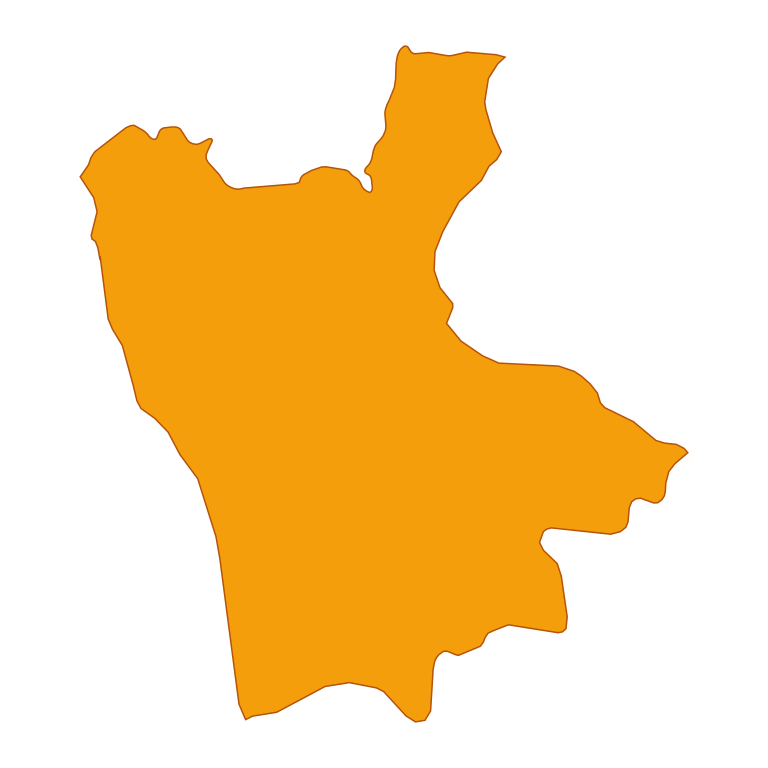 SVG path tracing the border of Cosenza
{"feature_id": "ITA-5391", "entity_name": "Cosenza", "entity_type": "Province", "adm_level": 1, "iso_a3": "ITA", "parent_name": "Italy", "parent_adm1": "", "projection": "orthographic", "projection_center": [16.346, 39.592], "detail": "fine", "context": "isolated", "style": "filled", "palette": "amber", "viewbox_px": 768, "rotation_deg": 0, "n_neighbors": 0, "source": "natural_earth", "source_scale": "10m", "svg_char_len": 2890}
<svg xmlns="http://www.w3.org/2000/svg" viewBox="0 0 768 768"><path d="M505.0,57.1L497.7,63.8L488.4,78.4L484.7,101.8L485.9,109.6L492.7,132.8L501.3,151.7L496.7,159.6L489.0,166.2L481.3,180.5L459.0,201.9L442.8,231.6L435.0,251.5L434.1,270.3L440.0,287.7L452.7,303.6L452.7,307.8L446.5,323.4L461.0,341.1L482.8,356.0L498.8,363.1L558.5,366.1L574.1,371.3L581.6,376.3L590.2,384.0L597.4,393.1L600.4,402.9L604.8,407.7L633.4,421.7L656.0,440.5L664.6,443.1L676.3,444.4L684.1,448.4L687.8,452.7L674.8,463.8L668.8,471.6L665.8,483.0L665.3,492.0L664.3,495.9L662.0,499.6L657.8,502.7L653.9,503.0L640.5,498.2L635.7,498.8L631.7,501.7L629.3,507.6L628.0,521.9L625.8,527.4L620.2,531.7L610.7,534.2L551.3,527.9L546.7,529.1L543.4,531.6L539.5,542.5L543.4,550.3L557.2,563.6L561.3,576.2L567.2,616.8L566.0,628.7L562.4,631.9L558.0,632.7L508.3,624.8L494.0,630.4L488.1,633.1L485.2,637.4L483.3,642.2L480.4,646.2L458.6,655.3L456.1,654.9L447.4,651.3L443.5,651.3L438.9,654.6L436.4,657.8L434.7,661.3L433.1,669.6L430.6,710.9L425.0,720.3L415.5,721.9L406.1,716.0L383.7,691.6L376.4,687.9L349.2,682.6L325.0,686.5L276.8,712.2L252.7,716.1L245.6,719.6L239.0,704.2L219.8,558.2L216.0,536.7L197.7,478.6L179.9,454.5L168.1,432.1L154.6,418.2L141.0,408.5L136.9,400.8L133.2,385.3L128.8,369.2L122.4,345.6L112.5,329.3L108.2,319.0L100.1,256.2L100.1,260.1L97.9,247.9L95.5,241.6L91.9,238.9L91.2,235.4L97.1,211.6L93.7,197.6L80.2,176.8L81.5,175.0L88.6,164.6L90.9,157.7L93.3,153.9L95.0,151.6L125.8,127.8L130.6,125.7L134.0,125.3L143.1,130.4L145.0,131.8L147.9,134.6L149.0,136.3L150.6,137.8L152.4,139.0L155.4,139.4L156.9,137.7L159.6,131.0L161.3,129.1L163.4,128.0L171.4,127.0L175.8,127.0L178.4,127.8L180.1,128.9L180.9,129.9L187.0,139.5L188.2,141.1L190.2,142.6L192.6,143.7L196.7,144.4L200.0,143.4L208.9,138.8L211.3,138.8L212.3,140.0L211.8,142.0L208.0,150.0L206.3,154.4L206.1,157.0L206.4,159.2L207.3,161.0L208.4,162.7L219.2,174.6L224.8,183.1L226.6,184.8L229.1,186.5L233.8,188.6L237.0,189.1L239.7,189.1L244.0,188.1L294.9,183.9L299.3,182.4L300.7,178.1L301.9,176.4L303.3,174.9L311.4,170.5L321.5,167.0L326.0,166.8L345.2,169.9L347.4,170.7L349.1,171.9L351.7,174.9L353.3,176.2L356.8,178.5L358.4,179.9L359.6,181.5L360.6,183.2L362.2,186.9L363.8,188.9L365.9,190.7L369.5,192.5L371.2,191.6L372.2,189.6L372.3,187.1L371.6,180.1L371.1,177.9L370.2,176.1L368.7,174.7L366.8,173.9L365.3,172.8L364.7,171.1L365.1,169.3L366.2,167.6L369.0,164.5L370.1,162.8L371.0,160.8L371.8,158.5L373.3,151.0L374.8,146.5L375.9,144.6L377.1,143.1L379.9,140.1L382.4,136.9L383.5,135.1L385.2,131.0L385.4,130.5L385.8,127.9L385.9,125.5L384.9,113.7L385.1,111.2L385.6,108.9L387.1,104.5L389.3,100.0L390.7,96.5L394.4,87.2L395.6,79.1L396.1,63.9L396.8,59.0L397.6,55.3L398.4,53.2L399.5,50.8L401.2,48.6L403.9,46.3L406.3,46.1L407.9,47.0L410.0,50.5L411.2,52.2L412.8,53.2L414.9,53.8L428.8,52.5L446.6,55.6L449.1,55.8L451.6,55.6L466.6,52.2L496.1,54.7L505.0,57.1Z" fill="#f59e0b" stroke="#b45309" stroke-width="1.5"/></svg>